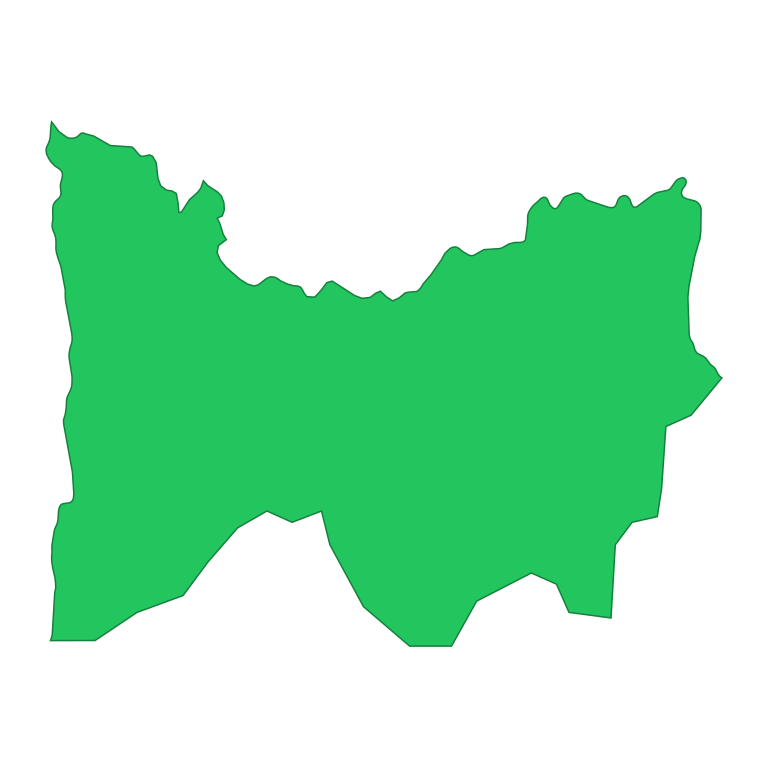 an SVG outline of Amoron'i Mania
{"feature_id": "MDG-5861", "entity_name": "Amoron'i Mania", "entity_type": "Autonomous Province", "adm_level": 1, "iso_a3": "MDG", "parent_name": "Madagascar", "parent_adm1": "", "projection": "equal_earth", "projection_center": [46.639, -20.465], "detail": "fine", "context": "isolated", "style": "filled", "palette": "green", "viewbox_px": 768, "rotation_deg": 0, "n_neighbors": 0, "source": "natural_earth", "source_scale": "10m", "svg_char_len": 3888}
<svg xmlns="http://www.w3.org/2000/svg" viewBox="0 0 768 768"><path d="M51.6,121.9L59.0,131.7L67.6,137.8L70.0,138.2L73.0,138.2L75.8,137.6L77.9,136.2L81.1,133.2L83.5,133.0L86.0,134.0L93.7,136.0L110.2,145.5L131.9,147.0L134.1,148.8L138.5,154.2L141.0,156.2L143.4,156.3L149.5,154.9L152.5,156.2L156.2,162.7L158.0,178.5L160.7,185.8L166.4,190.1L172.0,191.0L176.3,193.5L178.0,202.7L178.9,212.5L181.4,212.1L189.5,199.6L197.7,192.3L200.8,188.2L203.4,180.8L207.7,185.6L217.8,192.2L221.5,196.2L223.9,202.7L224.3,209.9L222.3,215.9L217.2,218.1L219.9,223.7L223.3,234.6L226.4,239.6L218.4,245.6L217.1,252.7L220.4,260.3L226.4,267.6L239.9,279.3L247.6,284.1L254.1,286.0L258.4,284.7L266.5,278.5L270.4,276.8L274.5,277.1L277.7,278.7L280.5,280.8L287.3,284.0L293.7,285.8L297.8,286.0L300.7,287.2L302.6,290.1L304.4,293.6L307.0,296.7L314.8,297.1L321.2,290.2L326.8,282.6L332.2,281.1L354.6,295.5L362.0,298.3L370.2,297.4L375.7,293.2L380.5,291.2L386.2,296.7L392.7,300.9L399.3,297.8L404.9,293.1L408.0,292.2L416.5,291.5L418.4,290.4L419.7,289.0L421.0,287.5L423.1,284.0L430.8,275.0L441.2,260.2L444.2,254.5L445.4,252.8L449.8,248.7L451.8,247.5L455.1,246.9L457.1,247.4L458.8,248.3L462.5,251.4L468.9,255.2L471.6,255.7L473.8,255.3L484.0,249.6L499.5,248.6L502.1,247.9L508.8,244.0L514.5,242.5L520.4,242.4L523.5,241.8L525.3,240.2L525.7,237.7L527.5,224.2L527.7,216.0L528.2,213.6L529.1,211.5L530.1,209.6L532.5,206.4L533.8,204.9L538.2,201.2L539.6,199.6L541.3,198.2L543.7,197.2L545.6,197.5L547.1,198.8L548.0,200.6L549.0,203.1L550.4,205.5L553.0,208.1L555.2,208.7L556.9,208.1L558.2,206.5L563.2,198.5L564.0,197.6L565.3,196.6L571.8,194.1L575.6,193.1L578.2,193.2L580.3,193.9L581.8,195.1L585.9,199.3L587.6,200.3L608.4,207.3L611.8,207.7L614.3,207.1L615.6,205.6L616.6,203.7L617.3,201.5L618.4,199.1L620.0,197.1L623.2,195.6L625.4,195.7L627.4,196.5L628.8,197.9L629.9,199.6L631.6,204.4L633.1,206.8L634.8,207.3L636.6,206.9L653.6,194.3L657.1,192.5L667.4,190.3L669.3,189.5L670.7,188.2L675.4,181.6L677.0,179.9L679.1,178.7L682.5,177.6L684.4,178.3L685.8,179.8L686.2,181.9L685.8,184.0L684.9,185.8L682.5,189.1L681.8,191.0L681.4,193.1L681.9,195.2L682.9,196.8L684.7,198.0L686.9,198.9L694.8,200.9L696.5,201.8L698.0,202.9L699.3,204.5L700.2,205.9L701.1,208.7L700.8,231.3L699.8,239.6L698.3,244.0L694.7,256.8L689.1,285.7L687.9,297.3L689.2,334.4L690.0,338.3L690.9,340.2L692.1,341.8L693.1,343.7L695.1,350.4L696.3,352.1L697.6,353.5L703.0,356.1L704.6,357.2L706.0,358.5L709.6,363.4L710.9,364.8L713.9,367.2L715.2,368.7L716.2,370.5L717.1,372.4L718.2,374.4L719.7,376.2L721.9,377.9L691.1,415.2L665.9,426.5L661.6,488.5L657.3,516.6L632.1,522.3L615.3,544.8L611.0,618.0L569.0,612.4L556.5,584.2L531.3,573.0L476.7,601.1L451.5,646.1L409.6,646.1L363.5,606.7L329.9,544.8L321.5,511.0L292.1,522.3L266.9,511.0L237.6,527.9L208.2,561.7L183.1,595.5L137.0,612.4L95.1,640.5L50.5,640.6L51.3,638.3L51.9,636.0L52.3,633.8L54.7,593.0L55.7,587.9L55.6,583.8L55.0,578.1L52.6,567.4L51.8,561.8L51.6,557.6L52.0,552.2L51.9,546.8L52.1,544.1L54.2,531.2L54.8,528.9L56.6,524.8L57.4,522.7L57.9,520.2L58.5,511.5L59.0,508.8L59.7,506.5L60.9,504.8L62.5,503.8L69.1,502.8L71.0,502.1L72.3,500.7L73.3,498.7L73.6,496.2L73.8,493.4L72.4,472.0L63.7,424.2L63.5,420.2L64.1,417.9L64.9,415.7L65.4,413.3L66.2,407.9L66.6,399.6L67.1,397.6L67.6,396.1L70.9,389.2L71.5,386.9L71.9,384.3L72.1,378.5L71.9,375.6L69.1,357.9L69.0,355.2L69.2,352.5L70.2,347.6L71.6,343.1L72.1,340.6L72.1,337.0L71.6,332.6L65.7,301.7L65.3,298.1L65.2,289.5L60.8,266.0L57.9,257.8L56.5,252.8L55.9,249.2L56.0,242.6L55.7,238.0L54.7,234.4L52.7,229.6L52.1,226.4L52.2,223.6L52.7,221.1L52.9,218.4L52.7,210.0L52.9,207.1L53.4,204.7L54.4,202.7L55.6,201.2L58.4,198.6L59.8,197.2L60.7,195.1L61.0,192.5L60.3,186.1L60.6,183.4L62.0,178.3L62.5,175.0L62.1,172.5L61.1,170.6L59.7,169.2L54.9,165.9L52.1,163.2L50.4,161.3L48.8,158.6L46.6,154.1L46.1,150.7L46.3,148.0L49.0,141.9L49.7,139.6L50.2,137.1L50.9,125.9L51.6,121.9Z" fill="#22c55e" stroke="#15803d" stroke-width="1.5"/></svg>